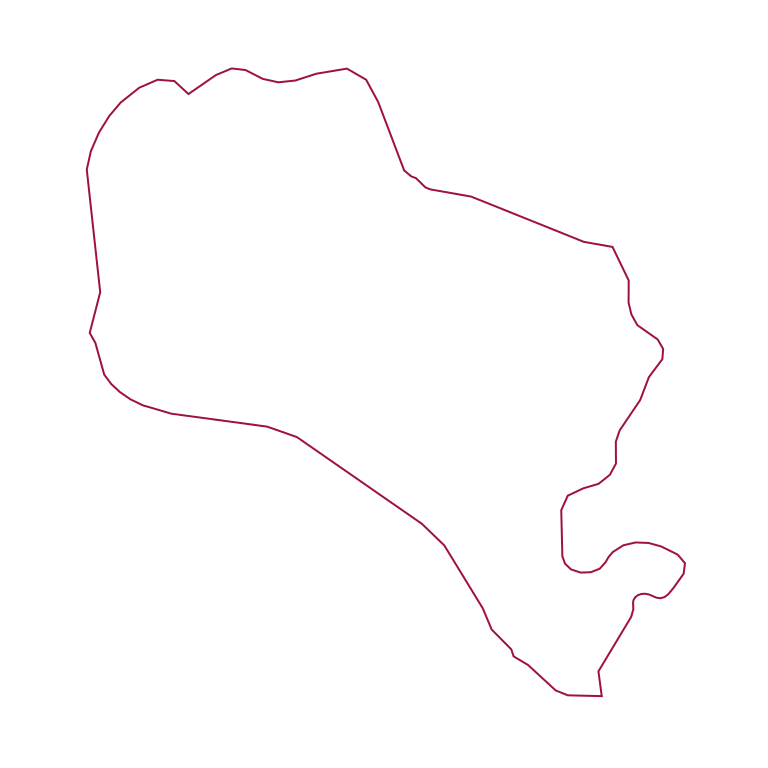 Reggio Calabria, Equal Earth projection, rotated 87°
{"feature_id": "ITA-5395", "entity_name": "Reggio Calabria", "entity_type": "Province", "adm_level": 1, "iso_a3": "ITA", "parent_name": "Italy", "parent_adm1": "", "projection": "equal_earth", "projection_center": [16.138, 38.244], "detail": "fine", "context": "isolated", "style": "outline", "palette": "rose", "viewbox_px": 768, "rotation_deg": 87, "n_neighbors": 0, "source": "natural_earth", "source_scale": "10m", "svg_char_len": 1312}
<svg xmlns="http://www.w3.org/2000/svg" viewBox="0 0 768 768"><g transform="rotate(87 384 384)"><path d="M707.1,182.9L704.5,216.8L699.0,228.6L672.2,254.8L662.8,268.8L655.6,270.8L634.9,289.3L613.2,297.1L548.4,332.2L525.6,353.5L432.5,473.7L420.5,502.8L402.5,598.0L392.6,626.1L386.1,637.9L378.3,648.1L369.6,656.5L360.0,662.9L327.8,670.1L317.6,675.2L277.5,662.6L154.3,669.6L136.1,664.5L118.0,655.5L101.8,644.2L89.1,632.2L75.3,612.9L68.3,594.2L70.5,577.5L84.2,564.1L66.7,535.7L60.9,519.6L63.2,505.9L72.9,489.2L77.2,473.8L76.3,456.7L70.6,435.3L67.1,404.5L79.2,385.9L102.2,375.0L171.8,352.7L178.1,345.9L180.1,341.3L189.8,332.4L192.1,327.5L201.4,287.2L252.5,177.0L259.1,148.6L293.5,134.2L315.5,135.5L327.5,133.3L338.5,127.9L353.9,108.3L363.6,103.4L373.7,104.7L391.0,119.1L413.4,129.0L442.7,151.1L453.7,155.5L475.6,156.5L486.5,163.2L494.9,174.9L498.6,190.4L505.1,206.3L519.3,213.6L565.4,214.9L572.9,212.6L578.9,207.0L582.6,197.6L582.8,187.4L579.8,178.3L573.6,172.1L568.4,168.7L563.7,164.2L557.6,153.4L555.4,141.0L556.6,128.1L560.7,115.8L569.7,99.7L578.7,92.8L589.1,94.7L602.6,105.4L608.8,111.1L611.5,115.1L612.4,119.3L611.6,123.2L608.1,130.3L607.1,134.2L607.2,138.3L608.3,141.7L610.2,144.4L613.0,146.2L615.2,146.7L622.0,146.8L629.4,149.3L682.2,184.9L707.1,182.9Z" fill="none" stroke="#9f1239" stroke-width="2"/></g></svg>